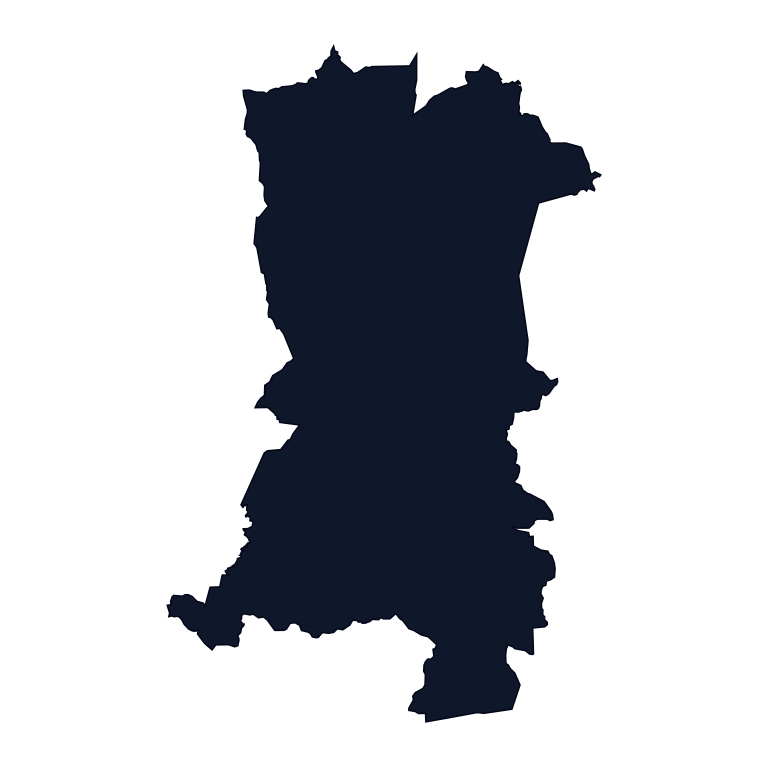 San Julián, Jalisco, Mexico (Mercator projection)
{"feature_id": "50627088B41443531165515", "entity_name": "San Julián", "entity_type": "district", "adm_level": 2, "iso_a3": "MEX", "parent_name": "Mexico", "parent_adm1": "Jalisco", "projection": "mercator", "projection_center": [-102.176, 20.994], "detail": "fine", "context": "isolated", "style": "filled", "palette": "ink", "viewbox_px": 768, "rotation_deg": 0, "n_neighbors": 0, "source": "geoboundaries", "source_scale": "gbopen_adm2", "svg_char_len": 6046}
<svg xmlns="http://www.w3.org/2000/svg" viewBox="0 0 768 768"><path d="M511.9,709.2L520.0,685.0L514.8,673.1L510.1,668.4L508.2,664.9L506.0,663.6L505.6,655.7L506.3,648.9L507.4,646.7L506.6,644.4L513.1,647.0L514.9,648.7L525.3,650.6L529.6,654.1L532.7,654.5L533.5,653.9L532.7,628.0L544.8,626.8L547.3,624.6L547.3,622.4L544.3,619.2L544.7,616.9L542.7,614.6L542.9,609.9L541.6,608.2L541.5,603.2L543.2,598.1L541.0,594.1L541.0,590.9L542.5,586.5L545.9,585.2L546.2,581.9L546.9,581.0L550.7,579.7L554.5,577.1L555.1,568.4L554.3,562.9L551.9,555.9L549.4,554.4L547.9,551.2L541.0,550.1L533.4,546.1L533.1,536.3L529.4,536.6L528.6,532.6L518.3,530.6L515.0,529.0L513.0,526.3L517.2,528.1L528.9,528.1L533.9,523.5L534.3,520.9L537.2,519.1L547.3,519.1L550.0,520.6L553.1,519.6L552.4,514.4L550.9,511.1L544.1,501.6L529.3,493.8L528.1,493.9L522.9,490.1L520.8,485.4L515.7,483.2L514.1,481.7L517.5,477.6L519.4,471.5L519.6,466.8L517.5,464.8L515.0,464.0L516.5,458.7L516.8,453.2L515.8,452.9L516.3,450.0L510.9,445.4L508.5,441.5L507.2,442.2L506.1,438.8L507.4,434.2L506.1,429.9L509.0,429.1L509.3,425.7L512.2,424.1L513.6,417.6L513.9,411.8L518.0,412.1L522.4,410.9L522.6,409.9L528.2,411.0L532.4,409.4L536.5,409.4L538.3,408.6L539.4,406.0L539.9,400.4L541.0,398.8L541.7,395.1L543.0,394.4L545.8,395.6L548.9,393.6L554.3,386.0L556.4,384.8L557.6,382.0L557.3,378.6L552.7,380.4L550.0,380.6L543.0,372.1L536.0,370.8L526.1,362.0L525.7,360.4L526.8,354.6L528.0,340.5L518.6,275.6L538.6,203.0L571.1,194.0L574.4,195.1L577.1,194.1L577.3,193.1L580.2,189.8L584.1,189.1L586.5,191.0L588.2,188.3L594.3,190.8L594.8,189.0L593.8,188.0L593.8,186.6L592.2,184.4L591.7,181.9L593.2,178.9L598.8,176.1L599.6,176.7L600.8,174.8L595.0,171.9L592.4,173.8L590.8,173.8L589.2,168.7L588.7,164.4L584.4,155.5L582.3,149.1L580.8,147.1L565.7,143.0L551.8,143.2L549.8,142.5L549.9,139.7L547.0,133.4L546.0,133.0L542.2,127.0L538.0,117.1L532.7,115.2L530.1,115.4L527.7,113.8L524.1,113.9L523.2,115.5L522.2,115.6L519.7,114.5L520.6,113.6L518.9,111.9L519.4,107.0L518.6,103.7L520.0,93.0L521.4,90.0L520.6,86.4L518.3,86.5L517.6,84.8L518.4,83.8L520.3,84.0L520.3,83.0L518.1,80.6L514.7,83.2L512.4,81.6L509.2,83.6L505.6,83.4L502.4,84.6L500.4,80.7L500.3,79.8L501.4,79.4L499.6,77.3L498.0,73.0L493.9,71.3L487.6,67.2L484.3,66.2L483.3,64.7L479.1,71.2L475.6,72.0L466.4,71.7L465.6,76.7L466.9,80.8L467.8,81.4L468.2,84.5L455.3,89.0L452.2,87.9L450.1,88.2L437.7,95.2L434.1,96.3L429.4,100.5L426.2,105.8L412.7,115.3L416.1,94.9L415.3,94.6L414.7,89.8L416.6,80.4L416.7,54.2L409.7,65.9L371.7,66.6L369.6,67.6L365.8,67.0L357.7,72.5L353.6,73.6L350.4,69.7L340.8,61.8L339.4,59.1L340.2,58.0L339.9,56.9L337.5,54.9L337.7,52.0L334.8,50.9L333.6,46.1L331.1,51.1L330.9,56.0L328.1,58.2L327.8,59.4L325.2,60.5L321.8,67.7L318.6,70.3L315.9,70.8L315.8,71.9L318.1,77.5L317.0,79.6L314.1,78.8L313.3,77.6L311.6,77.6L308.6,80.4L308.1,82.8L305.9,83.8L297.5,82.9L295.3,84.7L291.7,85.9L281.7,86.9L278.8,88.7L276.0,88.4L272.8,89.3L269.9,90.5L266.9,93.6L263.5,92.2L255.8,92.1L249.3,90.1L243.2,90.4L243.6,95.9L247.5,109.9L247.3,113.5L245.5,119.0L244.3,129.2L246.0,129.4L246.7,131.8L246.2,134.1L247.5,136.4L250.8,138.0L256.0,144.6L257.7,150.8L259.3,152.7L259.5,160.1L260.4,162.7L259.4,180.5L262.8,183.5L264.6,186.8L264.1,195.3L264.9,200.8L268.6,206.5L266.7,207.9L260.1,216.2L257.6,217.9L256.6,217.4L254.1,243.6L256.9,247.5L261.5,272.5L264.3,273.7L266.0,283.9L266.8,284.2L266.8,290.4L267.7,291.7L266.5,299.5L269.4,304.0L268.2,313.2L268.7,317.1L270.9,317.5L273.1,320.0L276.9,328.8L279.6,328.2L283.7,333.9L293.7,358.5L290.5,361.4L287.2,362.8L282.3,369.8L272.7,375.6L269.8,381.8L264.8,385.3L264.4,396.3L263.6,396.0L260.6,398.4L257.7,402.2L255.1,407.7L267.8,407.5L274.9,413.8L275.4,415.2L276.8,415.4L277.1,419.2L279.4,419.7L279.7,422.4L299.6,425.0L293.2,433.5L290.1,439.7L288.0,440.1L280.7,449.6L267.5,450.8L264.3,452.9L241.0,504.8L242.9,507.4L243.5,506.9L242.5,505.3L245.2,505.6L245.0,505.0L247.1,504.6L246.6,510.2L248.1,511.5L246.8,514.4L245.6,515.2L245.6,516.7L246.4,516.8L247.2,515.6L248.2,516.7L250.3,517.0L249.9,520.7L253.1,521.5L252.1,526.5L247.8,528.6L243.2,528.8L243.4,530.0L245.5,532.1L244.4,534.8L246.4,536.2L248.5,538.5L249.2,540.8L250.0,540.9L249.7,543.2L248.1,542.8L246.1,545.0L246.1,545.5L247.3,545.6L247.3,546.5L245.4,546.0L245.5,546.9L244.0,546.7L243.7,547.5L244.6,548.0L244.1,548.6L242.1,547.9L240.9,549.5L243.4,550.8L241.9,551.0L240.5,554.0L241.2,554.7L239.8,555.3L241.1,555.9L241.0,557.5L237.5,558.5L237.1,560.6L234.7,564.5L232.2,566.0L233.0,566.5L232.3,567.8L231.0,567.2L229.3,567.8L229.6,568.3L227.7,568.3L227.5,569.6L225.3,571.1L225.8,572.3L226.9,573.2L227.7,572.9L228.3,574.2L227.8,574.8L227.8,574.2L226.7,574.2L225.5,575.2L222.7,574.9L222.0,575.7L219.8,586.9L210.1,587.2L205.1,605.7L203.3,603.1L197.0,601.4L192.3,596.6L188.2,594.7L185.2,594.7L182.4,596.2L173.9,595.4L172.3,596.5L170.6,601.2L171.0,604.7L167.2,605.3L169.6,613.0L168.8,616.7L171.8,615.9L174.3,616.8L176.8,616.2L179.1,616.9L181.8,619.8L184.1,624.2L188.7,629.1L192.6,631.0L195.9,631.2L195.9,630.2L198.1,630.3L197.5,634.0L204.6,643.4L212.1,649.9L215.8,644.9L228.7,644.7L234.6,646.8L237.8,645.8L239.0,640.1L238.5,637.2L237.4,636.0L240.6,632.8L241.4,628.3L243.8,625.5L244.1,624.1L243.2,624.2L240.1,620.7L241.4,619.3L241.8,615.3L243.1,614.2L245.0,613.9L249.7,614.9L253.3,614.2L258.5,617.8L263.6,617.0L267.3,620.1L274.7,630.4L284.0,630.3L286.4,629.2L290.2,623.3L295.1,622.8L299.5,625.3L301.5,630.5L308.2,632.1L310.4,633.6L312.3,636.9L316.0,637.7L318.3,637.4L322.1,632.9L323.3,632.6L328.3,633.3L333.7,632.4L337.3,628.8L342.8,629.8L349.9,625.0L352.6,620.3L357.2,620.4L358.2,622.1L360.9,621.9L362.1,623.2L365.1,623.2L369.8,621.5L372.4,619.4L378.8,619.7L380.2,618.1L381.7,617.9L383.4,618.9L390.0,618.8L395.8,613.6L399.9,618.8L402.8,620.6L408.9,628.7L413.7,630.4L421.0,634.8L428.3,636.9L436.7,644.7L435.2,648.3L433.0,649.3L433.9,656.4L430.8,659.2L427.8,659.0L425.4,661.7L424.0,665.3L423.7,671.2L425.4,674.7L425.0,684.9L422.8,688.5L415.3,692.6L412.8,696.1L413.4,700.0L408.9,708.0L408.8,710.4L415.1,711.5L418.6,713.5L425.5,713.4L425.9,721.9L477.0,712.6L484.1,713.3L511.9,709.2Z" fill="#0f172a" stroke="#020617" stroke-width="1.5"/></svg>